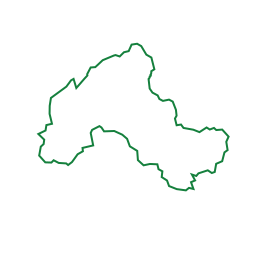 outline of Morgan, Utah, United States of America, rotated 72°
{"feature_id": "52423323B27267193198482", "entity_name": "Morgan", "entity_type": "district", "adm_level": 2, "iso_a3": "USA", "parent_name": "United States of America", "parent_adm1": "Utah", "projection": "equal_earth", "projection_center": [-111.563, 41.077], "detail": "fine", "context": "isolated", "style": "outline", "palette": "green", "viewbox_px": 256, "rotation_deg": 72, "n_neighbors": 0, "source": "geoboundaries", "source_scale": "gbopen_adm2", "svg_char_len": 1449}
<svg xmlns="http://www.w3.org/2000/svg" viewBox="0 0 256 256"><g transform="rotate(72 128 128)"><path d="M195.9,106.9L201.2,100.5L205.2,92.2L203.8,88.5L206.2,84.6L199.0,84.8L198.6,80.4L192.0,81.6L194.7,77.9L192.9,75.0L192.9,65.2L196.7,62.2L196.6,59.1L189.3,55.2L188.7,48.7L181.0,43.8L179.8,40.1L171.5,38.8L167.3,35.0L158.6,38.9L157.2,44.7L154.5,46.2L154.7,50.7L151.8,53.1L154.0,61.3L149.8,66.4L145.1,75.2L141.1,76.5L140.4,80.9L133.5,80.4L131.3,78.0L125.5,76.8L116.7,77.3L113.7,80.2L113.0,86.4L110.1,89.2L106.2,89.7L101.9,93.8L97.2,95.2L87.8,93.3L87.6,92.8L87.3,92.7L86.9,92.0L86.1,91.4L85.7,91.4L85.3,90.2L84.8,90.3L84.2,90.1L84.1,89.7L83.1,89.0L82.5,88.8L81.9,88.5L81.2,88.3L80.3,84.8L68.2,84.0L63.9,87.9L54.2,90.1L50.7,93.3L49.8,98.8L55.1,103.6L54.7,108.4L57.4,113.8L54.8,117.3L54.7,119.0L55.7,131.1L60.0,140.3L58.9,144.8L64.2,150.2L65.5,150.4L67.7,154.3L74.0,164.8L64.5,164.6L65.1,167.5L69.6,173.8L75.6,192.0L82.7,195.6L90.3,198.2L100.5,199.0L100.0,204.7L104.9,207.2L106.0,215.1L113.2,211.3L117.2,213.2L118.8,216.7L126.8,221.0L135.1,217.3L137.2,211.5L135.7,208.7L139.8,204.7L142.6,197.7L144.7,196.4L143.1,191.8L137.4,184.0L136.2,178.1L132.9,177.4L133.8,166.5L121.2,165.0L118.7,162.7L117.4,154.6L119.3,153.1L123.8,151.8L126.6,142.0L132.6,135.5L138.0,132.2L146.0,131.9L152.6,126.3L161.6,128.5L168.3,124.7L169.0,118.2L171.6,111.3L176.6,111.7L179.8,108.7L185.1,111.1L190.0,107.1L195.9,106.9Z" fill="none" stroke="#15803d" stroke-width="2"/></g></svg>